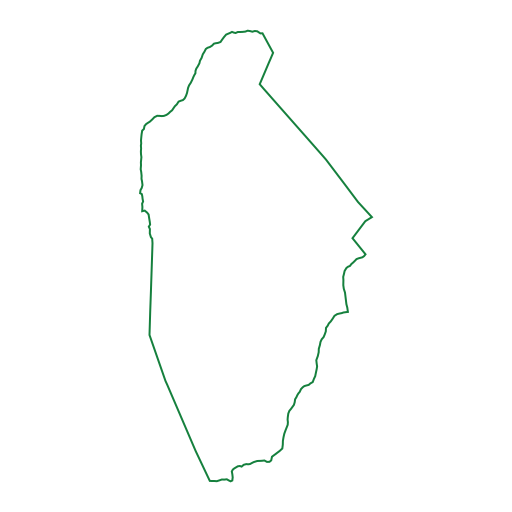 outline of Jaguaretama, Ceará, Brazil
{"feature_id": "56859067B17127174876684", "entity_name": "Jaguaretama", "entity_type": "district", "adm_level": 2, "iso_a3": "BRA", "parent_name": "Brazil", "parent_adm1": "Ceará", "projection": "equal_earth", "projection_center": [-38.749, -5.493], "detail": "fine", "context": "isolated", "style": "outline", "palette": "green", "viewbox_px": 512, "rotation_deg": 0, "n_neighbors": 0, "source": "geoboundaries", "source_scale": "gbopen_adm2", "svg_char_len": 2978}
<svg xmlns="http://www.w3.org/2000/svg" viewBox="0 0 512 512"><path d="M148.8,226.7L149.9,229.0L149.8,233.5L150.9,237.1L152.2,238.7L152.5,243.2L152.3,249.7L150.9,292.1L150.2,311.7L149.5,335.0L165.5,381.0L167.2,384.7L195.6,450.9L209.8,480.9L211.7,481.0L214.2,481.0L216.8,481.2L219.3,480.4L221.9,479.5L224.3,479.6L226.8,479.3L229.1,480.6L230.6,481.3L232.3,480.5L232.7,477.4L232.3,474.0L231.8,471.5L232.8,469.6L234.3,468.4L236.3,467.2L237.8,466.3L239.9,466.0L241.6,466.6L243.7,464.8L246.3,464.1L248.2,464.3L250.1,464.0L251.7,463.1L253.7,462.1L257.2,461.0L259.6,460.9L261.8,460.8L264.4,460.5L267.0,461.9L269.5,461.8L271.2,460.4L272.0,456.7L279.6,451.0L282.3,448.5L282.8,444.7L282.9,440.9L283.5,437.3L284.3,433.7L285.5,430.4L286.6,427.6L287.7,424.8L287.9,422.2L287.6,419.6L287.8,417.1L288.3,413.5L289.4,410.8L291.0,408.9L292.3,407.1L293.9,404.9L294.7,402.2L295.1,399.3L296.4,397.2L297.3,395.2L298.4,393.4L299.7,391.9L301.0,389.1L302.7,387.3L304.3,386.1L306.3,385.5L308.7,384.9L310.4,383.4L312.7,382.1L314.0,378.7L315.2,376.2L315.9,372.8L316.7,369.0L317.1,366.4L316.7,363.7L316.3,360.2L317.8,356.1L318.7,352.2L318.8,348.8L319.9,345.1L320.5,341.9L321.7,339.3L323.6,337.1L324.7,334.5L325.8,331.4L326.0,327.9L327.7,325.7L328.8,323.5L330.7,321.5L332.4,319.1L334.5,315.8L337.2,314.1L339.7,313.5L341.8,313.1L343.4,312.5L345.6,312.2L347.9,311.9L347.3,307.7L346.4,304.2L345.0,292.6L343.8,288.8L343.3,285.2L343.4,280.1L343.2,276.9L344.0,273.8L344.6,271.0L346.4,268.0L347.9,266.8L350.0,265.9L351.3,264.1L353.3,262.4L355.3,260.4L356.5,259.1L358.6,258.3L362.4,257.3L364.1,256.1L365.5,254.3L352.5,238.2L365.3,221.2L371.9,217.1L358.0,202.0L344.2,183.6L326.0,159.6L323.5,156.7L310.4,141.8L263.5,88.6L259.7,84.2L261.3,80.5L268.9,62.6L270.6,58.7L273.1,52.8L262.5,33.3L260.4,33.4L258.9,32.4L257.3,31.3L254.8,31.0L252.4,31.7L250.1,31.1L247.7,30.7L245.3,31.6L242.4,31.9L240.3,32.0L237.8,32.0L235.6,33.0L233.8,32.6L232.0,31.9L230.1,32.9L228.2,33.7L226.1,34.6L223.9,37.2L222.0,39.8L220.5,42.0L218.0,42.9L215.4,43.3L213.9,43.7L212.1,45.6L209.9,47.0L207.5,47.8L205.8,49.0L204.5,51.6L202.8,54.3L201.6,57.9L200.0,60.7L199.4,63.3L197.7,66.5L196.3,68.6L195.5,70.9L195.4,73.3L194.3,75.1L193.3,77.2L192.4,79.5L190.7,82.9L189.1,85.3L188.1,87.8L187.6,90.2L187.0,93.0L186.0,95.8L184.6,98.5L182.9,100.1L180.9,100.7L178.6,101.6L176.8,104.4L174.9,106.2L173.5,108.2L172.1,110.3L170.1,111.9L168.5,113.5L166.5,114.9L163.9,115.9L161.7,116.1L159.7,115.9L157.2,115.8L154.4,117.2L152.2,119.5L149.8,121.7L148.0,122.8L146.1,124.1L144.5,126.0L143.9,129.0L142.2,130.6L141.6,134.2L141.3,137.1L141.0,140.5L141.2,143.4L140.9,145.7L141.1,148.4L140.9,151.4L141.0,154.2L141.4,157.2L140.9,162.3L141.0,165.3L140.7,169.3L141.2,171.9L141.6,175.8L141.5,178.9L142.0,181.1L142.5,185.1L141.7,188.0L140.5,190.1L140.1,193.2L141.8,194.1L142.3,196.3L142.6,199.0L143.1,201.5L142.1,203.7L142.4,207.0L142.2,211.2L144.7,210.6L147.1,212.6L148.6,214.5L149.1,217.8L149.8,222.0L150.1,224.6L148.8,226.7Z" fill="none" stroke="#15803d" stroke-width="2"/></svg>